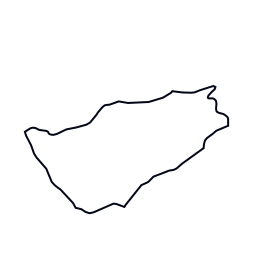 map outline of Chimaltenango (Natural Earth projection), rotated 229°
{"feature_id": "GTM-1949", "entity_name": "Chimaltenango", "entity_type": "Department", "adm_level": 1, "iso_a3": "GTM", "parent_name": "Guatemala", "parent_adm1": "", "projection": "natural_earth1", "projection_center": [-90.916, 14.662], "detail": "fine", "context": "isolated", "style": "outline", "palette": "ink", "viewbox_px": 256, "rotation_deg": 229, "n_neighbors": 0, "source": "natural_earth", "source_scale": "10m", "svg_char_len": 1403}
<svg xmlns="http://www.w3.org/2000/svg" viewBox="0 0 256 256"><g transform="rotate(229 128 128)"><path d="M162.2,89.6L157.8,98.8L157.0,103.0L158.6,112.6L159.5,115.7L160.4,121.6L160.5,123.7L160.4,125.2L159.6,126.8L157.8,129.2L154.1,138.5L146.9,144.4L134.1,160.6L128.0,174.1L126.4,183.2L126.6,185.2L126.7,185.6L119.1,192.4L113.2,198.8L111.2,201.6L110.9,202.5L109.2,207.3L103.8,219.8L101.7,220.9L101.0,220.0L100.5,219.1L100.3,218.0L100.3,215.3L99.7,210.0L99.0,208.6L98.3,208.1L97.5,208.3L96.5,209.3L95.0,211.2L94.2,211.7L93.2,212.1L91.1,212.3L89.6,211.6L87.9,210.3L85.1,207.4L83.6,206.3L82.3,205.8L81.5,205.9L80.7,206.2L79.9,206.5L76.2,209.0L75.2,209.4L73.9,209.8L71.3,210.2L70.0,210.0L68.7,209.2L68.0,208.5L64.0,205.1L68.0,192.8L68.0,188.4L68.6,180.9L68.0,177.7L67.0,176.2L65.2,173.9L63.2,171.9L65.6,145.4L65.6,138.0L66.5,134.9L68.8,131.2L74.6,115.3L74.0,108.2L74.2,107.0L76.1,100.6L71.5,75.6L70.8,73.5L78.4,69.3L80.5,67.3L86.9,46.8L88.7,43.5L89.2,42.9L89.8,42.5L92.5,40.9L97.4,39.5L102.1,36.1L107.3,37.3L125.7,36.7L129.1,35.9L133.0,35.2L137.4,35.1L150.9,39.6L165.5,39.6L170.3,40.3L178.7,43.6L188.9,46.0L192.8,47.7L192.0,52.8L191.9,53.6L191.6,54.6L191.2,55.4L190.7,56.3L189.7,57.3L188.4,58.3L185.3,59.5L183.9,60.5L179.6,64.3L178.2,65.0L177.1,65.1L176.4,64.7L175.5,64.7L174.8,64.8L174.1,65.2L172.9,66.1L171.7,67.3L170.1,70.6L167.4,80.5L162.2,89.6Z" fill="none" stroke="#020617" stroke-width="2"/></g></svg>